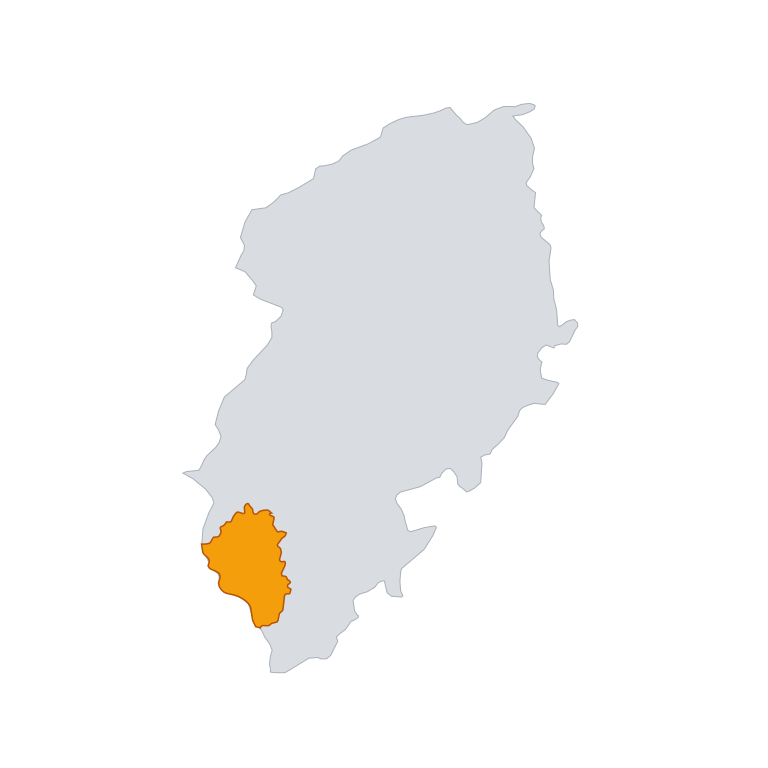 Zlínský on a map of Czechia (Albers equal-area conic projection), rotated 103°
{"feature_id": "CZE-10371", "entity_name": "Zlínský", "entity_type": "Region", "adm_level": 1, "iso_a3": "CZE", "parent_name": "Czechia", "parent_adm1": "", "projection": "albers", "projection_center": [17.624, 49.185], "detail": "fine", "context": "in_parent", "style": "filled", "palette": "amber", "viewbox_px": 768, "rotation_deg": 103, "n_neighbors": 0, "source": "natural_earth", "source_scale": "10m", "svg_char_len": 5523}
<svg xmlns="http://www.w3.org/2000/svg" viewBox="0 0 768 768"><g transform="rotate(103 384 384)"><path d="M690.2,430.0L687.9,430.3L682.6,432.5L675.9,433.4L668.5,433.1L662.9,437.0L657.5,443.2L652.0,447.5L649.1,451.4L647.4,455.3L628.7,466.7L626.1,471.4L624.0,477.7L623.2,486.3L621.9,494.0L618.6,498.1L608.4,501.6L605.9,503.5L604.0,507.4L598.2,513.4L591.5,519.2L579.1,525.8L565.8,527.8L548.4,525.6L538.3,522.9L533.4,525.7L526.6,534.2L519.2,548.9L516.1,559.9L513.8,556.8L509.7,545.0L505.0,543.5L498.6,542.3L493.8,540.5L483.4,533.6L478.1,531.5L471.9,530.9L466.0,534.8L461.5,539.4L447.6,539.1L432.5,536.6L411.2,520.6L405.6,520.3L399.6,520.9L390.3,516.9L372.2,506.4L363.7,503.7L358.3,505.0L353.3,507.1L349.7,507.2L347.8,503.9L341.2,499.6L334.4,498.9L332.3,501.3L329.2,523.4L326.6,531.3L317.2,530.5L313.7,534.2L305.9,544.6L304.1,554.8L291.3,552.3L285.2,550.4L279.8,551.4L273.6,556.9L257.0,555.8L243.9,551.8L238.9,538.8L233.1,533.5L225.8,528.6L223.2,527.4L219.3,520.3L211.8,511.3L199.7,498.9L189.7,498.9L186.2,495.6L184.8,491.2L181.1,483.5L176.8,478.0L171.2,475.7L163.5,468.6L153.6,453.5L144.3,443.0L134.8,442.5L129.1,436.9L123.4,429.7L119.3,422.8L113.4,406.3L108.9,396.7L105.3,390.8L101.2,385.8L99.8,381.9L105.9,373.7L108.1,369.6L110.7,366.5L112.3,363.2L112.4,360.6L108.0,351.8L101.8,345.3L92.4,338.4L86.8,330.1L85.0,322.8L84.6,318.9L80.7,313.2L77.8,305.2L78.2,300.5L79.1,299.2L82.3,299.5L85.7,302.9L90.4,309.5L93.9,318.7L96.7,315.5L102.2,306.3L111.4,296.0L120.5,290.4L128.4,290.4L134.9,289.2L140.4,286.4L149.6,288.2L156.1,290.9L158.4,289.6L161.5,284.2L163.5,279.4L178.5,277.5L184.2,268.4L187.0,268.6L190.4,267.4L193.7,264.0L196.8,262.7L199.1,264.6L202.2,266.0L205.6,263.9L211.0,253.4L213.8,251.9L226.9,250.9L244.9,245.5L254.1,240.2L263.0,237.6L272.7,232.6L287.9,227.9L288.7,225.8L282.0,220.0L279.8,216.5L278.4,212.9L281.0,209.1L284.3,208.1L288.5,209.9L300.9,212.7L304.2,215.1L305.2,220.7L308.2,226.0L310.7,226.6L309.5,235.0L313.4,238.4L319.1,241.1L323.0,240.8L325.9,237.5L327.0,235.1L334.8,235.1L342.7,231.8L343.5,226.1L343.4,215.3L344.3,213.7L356.0,217.2L367.7,222.4L369.0,233.2L372.0,238.5L375.6,243.5L379.1,245.8L385.3,246.3L401.3,253.1L409.0,254.6L416.9,259.2L423.5,263.9L428.4,264.9L430.5,269.9L433.5,273.3L438.9,270.8L458.3,267.6L465.2,272.5L469.9,277.8L470.5,279.4L468.0,283.9L466.7,287.4L464.7,289.7L457.9,292.0L454.1,296.0L451.3,300.3L453.0,304.6L458.4,307.8L462.3,308.6L463.7,311.7L475.9,325.6L485.6,343.7L489.4,346.5L493.0,347.2L497.3,344.6L502.2,338.9L508.0,334.7L512.8,332.6L521.4,327.8L521.8,324.5L514.8,312.3L510.8,302.5L511.8,300.7L520.8,302.3L536.3,307.8L560.0,325.4L564.3,325.4L572.7,324.1L581.7,321.3L586.1,318.0L587.7,319.2L589.1,328.9L586.7,334.1L575.8,339.3L576.5,341.8L579.2,345.1L584.2,347.3L590.1,353.5L594.3,360.6L597.9,363.9L601.8,365.5L611.8,361.6L614.6,358.6L615.8,356.5L617.7,356.9L621.2,360.4L622.3,362.5L632.0,366.4L637.6,371.2L641.2,373.5L645.1,371.2L660.4,374.9L664.7,378.1L666.1,383.6L665.4,386.8L667.9,395.3L687.6,415.5L689.9,425.9L690.2,430.0Z" fill="#d9dde1" stroke="#a8b0b8" stroke-width="1"/><path d="M647.1,456.2L643.7,458.9L631.3,463.9L628.6,466.5L626.4,470.1L624.7,474.5L623.6,479.1L623.3,482.9L623.3,483.8L623.4,490.1L622.8,493.2L620.9,496.5L618.2,499.1L615.1,500.5L610.1,500.2L607.9,500.5L605.9,501.8L604.7,504.3L604.2,506.4L603.4,510.8L602.7,512.7L601.0,514.4L599.2,514.5L597.2,514.2L595.0,514.6L593.5,515.8L590.2,521.4L588.6,522.8L581.0,525.8L580.3,522.6L579.4,520.1L578.8,518.9L578.1,518.0L577.2,517.4L572.2,515.9L571.6,515.5L571.3,514.8L571.0,513.4L570.5,512.0L569.9,511.0L569.6,510.7L567.4,509.8L564.7,509.4L561.7,511.0L561.0,511.2L560.3,511.1L559.7,510.7L558.7,509.2L557.1,507.8L553.8,506.4L553.5,504.4L553.0,502.9L552.7,502.3L552.2,502.0L546.5,500.8L542.6,499.0L542.1,498.5L541.8,498.0L541.6,497.2L541.9,492.8L541.8,491.9L541.6,491.2L541.0,490.8L540.3,490.8L535.8,492.3L534.2,492.3L532.5,491.5L531.8,491.0L531.3,490.3L531.1,489.7L531.3,489.0L532.7,487.7L535.1,484.3L535.6,483.9L538.1,482.9L539.3,482.1L539.6,481.6L539.8,480.9L539.8,480.0L539.5,479.3L539.2,478.7L538.8,478.3L536.4,476.8L535.2,475.2L534.0,472.5L533.2,469.8L533.1,468.6L533.3,467.6L534.9,464.9L535.0,464.6L535.1,464.8L535.5,465.6L535.8,465.9L536.1,466.2L536.5,466.2L537.0,466.1L537.4,465.6L537.6,464.9L538.0,462.3L538.3,461.6L538.7,461.1L539.4,460.9L545.4,460.8L545.8,460.9L546.1,460.8L546.5,460.6L546.8,460.3L547.2,459.6L547.7,459.0L550.9,455.9L551.2,455.5L552.1,453.8L551.3,452.8L550.5,450.4L550.7,448.0L551.1,445.7L552.8,445.9L553.4,446.0L554.8,446.5L557.1,448.5L559.0,449.6L559.8,449.7L563.8,451.5L564.7,451.7L565.3,451.5L565.9,451.0L566.3,450.3L566.7,449.3L567.2,448.5L567.6,448.0L568.0,447.6L569.3,447.0L570.8,446.3L571.6,446.1L578.1,446.3L578.8,446.2L579.3,445.9L579.8,445.5L580.0,445.1L580.2,444.5L580.2,443.9L580.0,443.0L579.4,441.5L579.3,441.0L579.4,440.6L579.8,440.3L580.9,439.8L581.9,439.7L583.4,439.7L591.5,441.4L593.9,440.3L593.7,438.7L593.6,437.3L593.7,436.7L593.9,436.0L594.2,435.5L594.5,435.2L595.7,434.6L596.1,434.2L596.4,433.7L597.0,431.9L597.4,431.3L597.8,430.9L598.3,430.7L598.8,430.7L599.2,430.9L599.7,431.2L600.6,432.2L601.1,432.5L602.2,432.6L603.6,432.3L604.9,428.5L609.0,428.6L609.4,428.8L609.7,429.2L610.0,429.8L610.3,431.5L610.7,432.2L611.2,432.8L611.9,433.1L612.6,433.3L627.0,431.7L627.9,432.1L630.6,434.0L631.3,434.3L638.3,434.1L639.9,434.7L640.3,435.2L642.3,439.3L642.9,440.0L644.5,441.0L645.1,441.7L645.5,442.4L645.8,443.4L646.5,447.4L646.9,448.2L647.3,448.8L647.8,449.2L648.4,449.4L649.4,449.5L649.3,454.5L647.1,456.2Z" fill="#f59e0b" stroke="#b45309" stroke-width="1.5"/></g></svg>